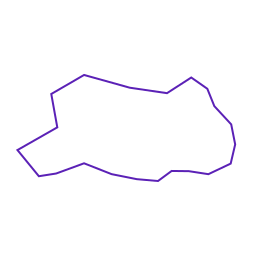 Kalo Chorio Oreinis, Nicosia, Cyprus, rotated 95°
{"feature_id": "46923920B53942944533329", "entity_name": "Kalo Chorio Oreinis", "entity_type": "district", "adm_level": 2, "iso_a3": "CYP", "parent_name": "Cyprus", "parent_adm1": "Nicosia", "projection": "natural_earth1", "projection_center": [33.158, 35.002], "detail": "fine", "context": "isolated", "style": "outline", "palette": "violet", "viewbox_px": 256, "rotation_deg": 95, "n_neighbors": 0, "source": "geoboundaries", "source_scale": "gbopen_adm2", "svg_char_len": 411}
<svg xmlns="http://www.w3.org/2000/svg" viewBox="0 0 256 256"><g transform="rotate(95 128 128)"><path d="M115.4,25.5L98.7,43.9L82.0,52.4L72.2,69.4L89.9,92.2L87.7,129.8L79.0,176.4L100.8,207.4L133.5,198.5L159.6,236.2L183.8,212.6L179.6,195.6L167.0,168.7L175.4,140.3L178.2,114.8L178.2,93.5L167.0,80.8L165.7,63.7L167.0,43.9L154.5,22.6L135.0,19.8L115.4,25.5Z" fill="none" stroke="#5b21b6" stroke-width="2"/></g></svg>